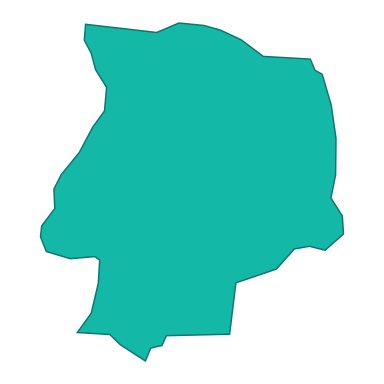 Humphreys, Tennessee, United States of America
{"feature_id": "52423323B79076745514263", "entity_name": "Humphreys", "entity_type": "district", "adm_level": 2, "iso_a3": "USA", "parent_name": "United States of America", "parent_adm1": "Tennessee", "projection": "natural_earth1", "projection_center": [-87.797, 36.024], "detail": "fine", "context": "isolated", "style": "filled", "palette": "teal", "viewbox_px": 384, "rotation_deg": 0, "n_neighbors": 0, "source": "geoboundaries", "source_scale": "gbopen_adm2", "svg_char_len": 675}
<svg xmlns="http://www.w3.org/2000/svg" viewBox="0 0 384 384"><path d="M322.2,74.3L315.0,70.3L310.3,59.1L263.2,56.4L241.3,39.9L220.7,30.2L204.0,25.5L179.0,23.0L156.6,32.5L85.6,24.3L84.3,40.2L91.2,53.2L95.6,69.7L106.6,87.4L104.5,110.9L92.7,127.2L79.3,152.5L61.1,174.8L53.9,189.1L54.8,208.5L41.7,225.9L40.5,236.8L46.3,251.5L70.3,258.7L94.8,256.6L99.7,260.0L98.3,283.3L91.2,313.3L77.3,332.5L109.8,334.5L120.4,344.8L145.4,361.0L150.7,348.0L162.0,345.5L166.4,335.7L229.6,334.2L235.9,282.8L276.5,269.0L294.4,248.9L309.5,246.3L325.1,250.2L343.5,234.0L342.3,215.9L330.9,198.1L335.6,174.8L336.0,138.3L331.2,105.0L322.2,74.3Z" fill="#14b8a6" stroke="#0f766e" stroke-width="1.5"/></svg>